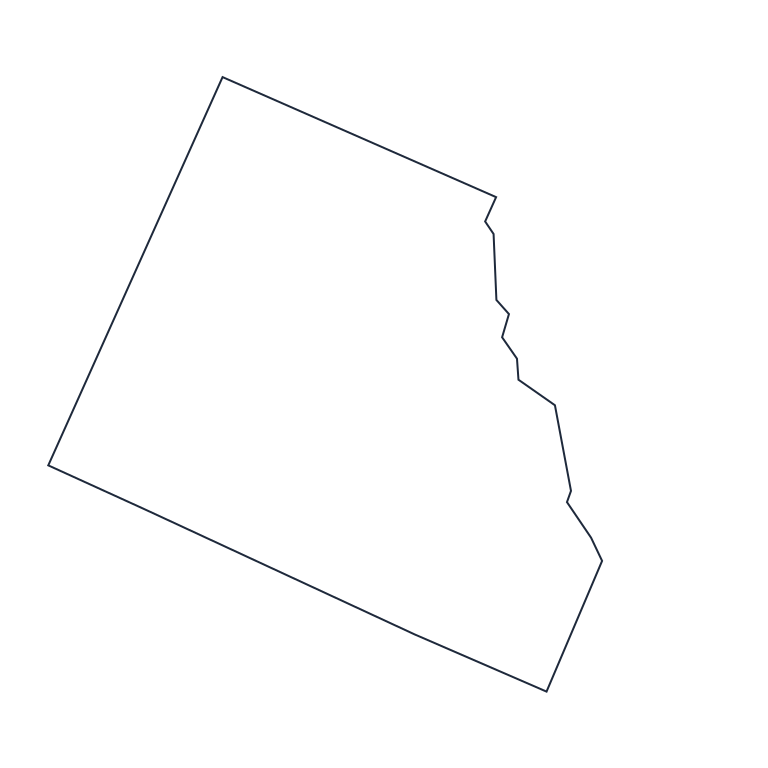 the district of Wood, Ohio, United States of America, rotated 114°
{"feature_id": "52423323B2328996184544", "entity_name": "Wood", "entity_type": "district", "adm_level": 2, "iso_a3": "USA", "parent_name": "United States of America", "parent_adm1": "Ohio", "projection": "equal_earth", "projection_center": [-83.653, 41.393], "detail": "fine", "context": "isolated", "style": "outline", "palette": "slate", "viewbox_px": 768, "rotation_deg": 114, "n_neighbors": 0, "source": "geoboundaries", "source_scale": "gbopen_adm2", "svg_char_len": 394}
<svg xmlns="http://www.w3.org/2000/svg" viewBox="0 0 768 768"><g transform="rotate(114 384 384)"><path d="M595.8,551.9L600.3,254.0L598.9,110.4L456.9,112.8L440.2,132.3L417.5,168.8L405.6,169.7L333.9,219.2L325.4,262.9L306.8,272.8L293.3,295.1L269.3,298.3L261.5,315.5L202.4,344.9L194.4,357.7L167.7,357.6L169.3,656.3L594.9,657.6L595.8,551.9Z" fill="none" stroke="#1e293b" stroke-width="2"/></g></svg>